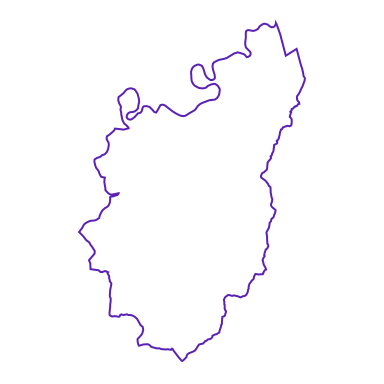 Brateiu, Sibiu, Romania (Albers equal-area conic projection)
{"feature_id": "2599482B71061319196345", "entity_name": "Brateiu", "entity_type": "district", "adm_level": 2, "iso_a3": "ROU", "parent_name": "Romania", "parent_adm1": "Sibiu", "projection": "albers", "projection_center": [24.424, 46.155], "detail": "fine", "context": "isolated", "style": "outline", "palette": "violet", "viewbox_px": 384, "rotation_deg": 0, "n_neighbors": 0, "source": "geoboundaries", "source_scale": "gbopen_adm2", "svg_char_len": 5977}
<svg xmlns="http://www.w3.org/2000/svg" viewBox="0 0 384 384"><path d="M216.7,334.1L219.3,332.4L219.6,330.7L221.1,326.2L221.3,324.6L221.8,324.1L222.3,316.9L224.4,316.1L224.9,315.5L226.0,311.8L226.0,311.2L225.5,310.7L224.7,308.8L224.7,305.0L224.3,304.4L224.3,301.7L223.9,299.8L224.9,297.5L227.7,295.2L228.9,295.0L232.2,295.9L233.6,295.4L234.4,295.5L238.5,296.5L240.0,297.3L240.7,297.3L243.1,296.2L245.1,295.8L246.4,294.6L247.6,292.4L248.1,289.7L248.7,288.6L248.6,287.2L249.4,283.9L251.8,280.6L253.5,279.1L253.8,278.4L254.0,276.6L255.3,274.1L255.6,273.9L258.3,274.5L262.7,274.2L263.0,274.0L263.1,273.0L263.6,272.6L263.8,271.7L264.6,270.5L265.3,269.9L266.1,269.5L265.3,267.4L263.6,264.4L263.4,262.8L262.6,260.1L263.3,258.1L264.6,256.3L264.6,255.8L264.2,255.4L264.6,253.0L265.8,249.5L267.2,248.5L268.3,246.1L268.3,245.5L268.0,244.5L267.4,243.8L267.1,239.5L267.1,236.2L266.5,233.4L266.5,232.3L268.9,227.7L269.4,225.5L269.6,222.8L271.0,221.2L271.4,219.0L273.5,217.3L274.2,214.7L274.9,213.5L275.6,210.6L275.4,209.9L272.2,207.2L271.4,206.2L271.1,205.4L271.0,204.5L271.3,203.3L271.9,202.1L272.3,199.1L271.6,197.4L270.7,192.6L270.5,187.4L270.0,186.6L268.9,185.9L267.9,183.7L265.6,180.8L261.4,177.7L261.0,176.8L261.0,176.0L261.9,173.5L262.4,173.0L263.9,172.3L266.8,169.7L267.2,167.5L267.6,162.6L269.1,160.5L270.1,159.6L270.8,158.5L271.0,157.4L270.6,156.7L270.6,156.3L271.7,155.4L272.2,153.3L273.2,151.7L273.7,149.9L273.6,148.5L274.0,147.4L274.0,146.1L274.2,144.9L276.8,143.6L277.2,142.9L277.3,142.2L276.7,141.0L276.9,140.6L277.4,140.5L278.8,138.5L278.9,137.5L279.5,135.5L280.0,132.3L281.1,129.4L282.2,129.0L282.8,127.5L284.7,126.7L287.6,125.8L289.7,126.3L291.2,125.4L291.7,123.2L291.7,119.8L291.5,118.9L290.5,117.5L289.8,116.9L289.8,116.3L290.8,113.1L290.5,112.1L290.9,112.1L290.7,111.6L291.0,111.5L291.0,111.1L291.5,110.6L291.4,110.2L291.7,109.9L291.8,108.9L293.0,108.6L294.6,106.6L295.4,106.7L295.7,106.2L296.8,106.0L298.0,104.3L298.5,104.1L298.8,103.8L299.3,103.8L299.0,102.1L298.1,101.5L297.3,100.1L297.0,99.0L296.9,97.0L297.2,96.0L298.7,94.0L299.7,92.3L301.5,88.1L302.5,86.4L304.6,80.6L304.9,78.4L304.8,78.0L303.5,75.8L303.0,72.1L302.4,70.1L302.4,69.5L300.8,64.6L296.6,48.9L285.8,55.7L280.2,34.3L276.7,24.5L275.9,23.0L275.8,24.1L274.7,26.1L273.4,27.1L271.2,27.1L270.4,26.8L267.4,24.4L264.4,23.7L263.1,24.0L260.4,25.7L259.4,26.7L258.0,28.9L255.7,30.2L254.0,30.8L252.9,30.9L248.4,30.1L247.6,30.2L246.4,30.9L246.0,31.6L245.8,32.8L245.8,37.7L245.2,42.5L245.3,44.9L245.8,47.2L246.2,47.8L249.9,51.5L250.6,52.7L250.6,54.1L250.1,55.5L249.7,55.9L248.1,56.9L246.7,57.1L244.6,54.6L243.8,54.2L240.0,52.9L237.4,52.4L234.3,53.4L226.7,58.0L224.2,58.8L218.9,59.9L214.3,62.1L212.9,63.8L212.5,66.6L213.0,69.5L214.6,74.8L214.8,76.2L214.9,77.7L214.7,78.4L213.6,79.5L212.4,80.0L210.4,80.0L207.5,78.0L206.2,76.5L205.0,74.1L203.1,67.9L201.9,65.9L201.5,65.6L199.4,64.7L197.5,64.6L194.6,65.9L193.3,66.9L192.4,68.0L191.7,69.5L191.1,71.5L191.1,73.3L191.3,75.4L191.4,78.8L191.8,81.3L193.0,83.7L194.1,85.1L195.2,86.0L199.0,88.0L202.7,88.4L205.1,88.0L206.5,87.3L207.6,86.0L211.0,84.5L213.8,83.8L215.2,84.0L217.0,85.1L218.1,86.2L219.6,88.7L219.8,90.2L219.2,93.9L218.9,95.2L217.1,98.0L214.9,99.6L209.5,100.2L201.8,103.1L199.9,104.2L197.7,106.1L195.5,109.4L193.8,110.7L189.2,113.3L185.9,115.5L184.3,116.0L182.7,116.1L180.0,115.5L176.2,113.6L172.5,111.3L165.3,105.7L163.6,104.8L161.9,104.7L160.4,105.2L156.8,111.7L156.0,112.6L154.2,111.9L152.0,109.3L149.5,107.0L146.6,106.1L144.0,106.3L143.4,106.6L143.0,107.2L142.6,108.0L141.7,111.2L140.9,112.3L139.7,113.1L138.0,113.3L134.6,117.1L131.9,119.1L130.7,119.6L128.9,119.4L127.7,118.8L126.8,117.4L126.7,116.5L126.9,115.3L127.8,113.7L128.7,112.9L130.2,112.2L132.9,112.0L134.7,111.4L136.5,110.1L138.0,108.3L138.6,104.0L139.2,101.9L138.8,98.4L137.6,93.9L135.5,90.5L134.2,89.2L131.5,88.4L129.7,88.4L127.4,89.1L125.7,90.4L123.5,93.2L118.6,97.1L118.3,98.9L118.3,100.5L119.2,103.3L120.9,106.5L120.9,107.9L120.5,109.0L120.5,109.7L121.2,112.8L121.3,114.6L122.4,120.0L124.1,123.4L126.7,125.6L128.5,127.6L128.6,128.3L123.7,129.6L115.0,128.6L114.3,130.2L113.2,131.4L109.9,134.3L107.0,136.3L106.7,137.2L106.7,139.3L108.4,142.4L108.8,143.9L108.8,145.1L108.1,148.9L107.0,151.8L104.7,154.3L102.0,155.2L101.0,156.3L99.9,157.0L97.0,157.9L94.8,159.3L94.5,159.7L94.4,161.7L95.1,164.9L96.0,167.6L98.6,171.0L99.5,173.8L100.8,176.2L101.3,176.9L104.9,177.6L104.5,179.3L104.4,181.3L104.4,182.7L105.5,188.9L105.3,189.7L105.6,190.4L108.3,193.3L110.4,194.5L112.6,194.5L118.3,193.3L118.7,193.2L118.7,193.4L117.5,194.9L112.9,196.4L111.2,196.6L110.1,197.2L110.2,199.5L109.8,202.7L108.6,205.5L107.5,206.6L105.0,208.1L102.4,210.4L100.9,213.0L99.8,215.4L99.2,217.9L96.8,219.6L95.0,220.4L90.1,220.9L87.2,222.2L85.0,223.6L83.8,224.8L82.0,228.2L79.1,232.0L83.0,236.0L86.3,240.2L89.4,242.5L90.4,244.7L92.2,246.9L93.1,248.5L94.6,250.6L94.7,251.6L94.6,253.3L94.3,254.0L89.0,260.2L90.3,263.4L90.5,269.1L98.6,270.3L100.5,272.0L102.2,272.1L104.5,271.2L105.5,271.1L108.1,272.2L107.5,272.8L107.6,273.5L109.1,276.0L109.2,276.8L109.1,277.8L109.8,280.7L109.8,281.4L111.2,283.1L111.3,283.7L111.2,284.9L110.2,290.0L109.8,295.6L109.9,296.8L110.4,297.6L110.7,298.5L110.6,302.0L110.2,304.2L110.2,306.6L109.5,312.8L109.6,314.9L110.5,315.8L112.2,316.5L114.5,316.1L118.6,316.7L119.5,316.6L120.3,314.9L121.4,314.4L123.5,315.1L126.9,314.3L128.2,315.0L130.0,315.0L132.4,315.5L134.6,316.7L137.1,318.9L140.6,325.2L142.7,326.9L143.2,329.4L143.1,330.4L142.3,333.4L141.3,335.0L137.6,339.1L137.5,339.4L137.8,342.6L138.7,345.6L139.8,345.6L143.0,344.5L147.4,344.2L149.0,344.7L149.9,345.4L151.4,346.9L156.7,348.4L159.4,348.3L161.3,349.1L166.2,349.5L167.6,349.2L171.0,349.8L171.3,349.6L171.8,348.7L172.2,348.7L172.6,348.9L173.5,350.6L179.0,357.7L181.6,360.6L182.2,361.0L183.4,360.2L186.4,357.2L186.7,355.6L187.5,354.2L188.8,353.3L193.3,351.5L195.2,350.4L199.0,344.5L203.2,343.5L205.1,341.2L206.5,340.7L207.8,339.5L210.5,338.9L211.6,338.0L212.3,337.0L212.5,335.7L214.8,334.6L216.7,334.1Z" fill="none" stroke="#5b21b6" stroke-width="2"/></svg>